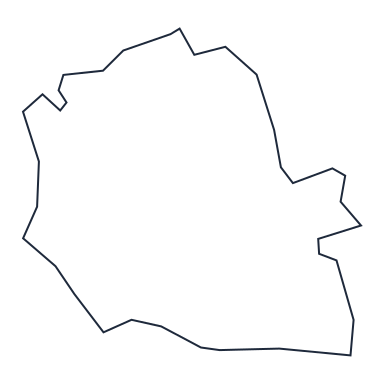 Boz, Andijon, Uzbekistan
{"feature_id": "79887680B29412867637503", "entity_name": "Boz", "entity_type": "district", "adm_level": 2, "iso_a3": "UZB", "parent_name": "Uzbekistan", "parent_adm1": "Andijon", "projection": "robinson", "projection_center": [71.9, 40.715], "detail": "fine", "context": "isolated", "style": "outline", "palette": "slate", "viewbox_px": 384, "rotation_deg": 0, "n_neighbors": 0, "source": "geoboundaries", "source_scale": "gbopen_adm2", "svg_char_len": 561}
<svg xmlns="http://www.w3.org/2000/svg" viewBox="0 0 384 384"><path d="M23.1,238.3L55.5,266.2L74.4,294.1L103.5,332.3L131.5,319.8L161.2,326.4L200.9,347.5L219.7,350.1L234.9,349.7L279.3,348.6L350.5,355.4L353.6,319.9L336.5,260.4L319.1,253.8L318.2,238.9L361.0,225.5L340.6,201.7L345.2,175.7L332.4,168.4L292.9,183.1L280.9,167.3L274.1,129.9L256.6,74.6L225.4,46.8L194.3,54.8L179.6,28.6L170.6,34.1L123.3,50.5L103.0,70.7L63.4,74.9L58.6,90.3L66.5,102.5L60.2,110.5L42.5,94.3L23.0,111.7L38.9,161.5L37.1,206.7L23.1,238.3Z" fill="none" stroke="#1e293b" stroke-width="2"/></svg>